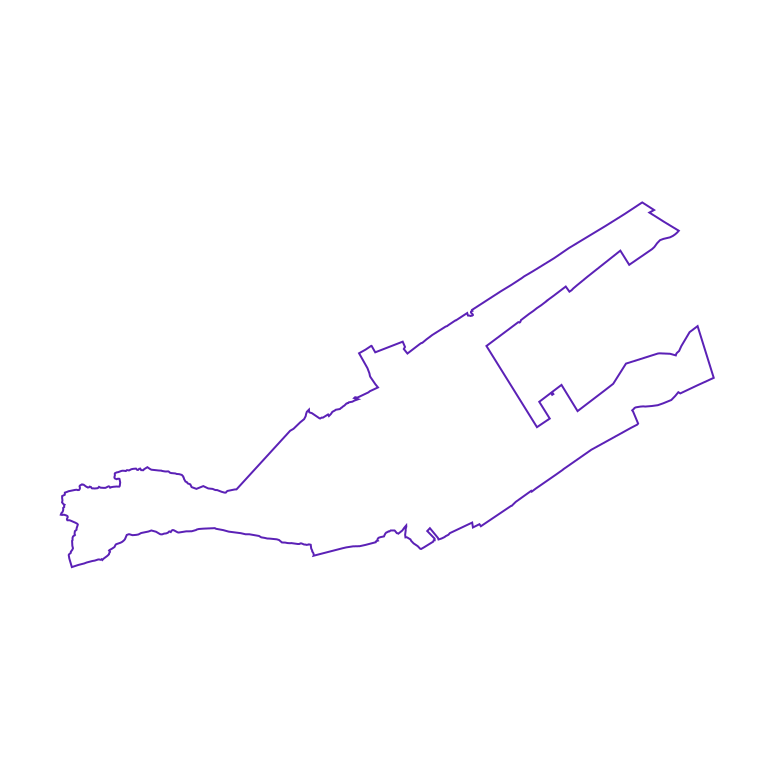 the district of Pietroasele, Buzau, Romania, rotated 267°
{"feature_id": "2599482B21343855806464", "entity_name": "Pietroasele", "entity_type": "district", "adm_level": 2, "iso_a3": "ROU", "parent_name": "Romania", "parent_adm1": "Buzau", "projection": "albers", "projection_center": [26.589, 45.1], "detail": "fine", "context": "isolated", "style": "outline", "palette": "violet", "viewbox_px": 768, "rotation_deg": 267, "n_neighbors": 0, "source": "geoboundaries", "source_scale": "gbopen_adm2", "svg_char_len": 6070}
<svg xmlns="http://www.w3.org/2000/svg" viewBox="0 0 768 768"><g transform="rotate(267 384 384)"><path d="M543.6,662.8L551.8,651.4L551.5,650.8L541.4,633.6L530.4,613.8L510.1,575.8L500.7,560.4L488.6,538.2L484.1,529.5L482.7,527.4L476.1,516.0L470.4,505.4L453.4,475.8L452.4,476.1L452.2,475.2L451.7,474.7L450.8,474.6L448.8,476.3L448.2,476.4L447.7,475.7L447.4,473.9L447.7,473.5L448.0,471.4L450.5,470.8L443.7,459.0L443.8,458.7L439.3,451.1L438.6,450.2L438.1,448.5L430.5,434.9L426.4,428.8L423.1,424.4L423.0,423.5L422.0,421.8L413.2,409.0L417.9,405.6L419.9,406.9L425.3,404.9L416.1,376.9L422.7,373.6L422.8,373.3L419.3,367.4L416.0,360.7L400.7,368.3L395.4,370.0L392.7,370.4L391.7,370.8L384.3,375.3L380.9,377.8L377.5,369.4L376.5,368.1L371.8,356.7L372.3,354.5L371.5,353.5L370.1,357.3L369.0,353.6L368.0,351.5L367.5,347.8L366.9,347.3L366.9,346.5L366.6,346.3L366.4,345.4L364.6,343.4L363.6,341.7L362.6,340.5L362.5,340.1L361.3,338.6L360.8,334.5L360.1,333.5L358.9,331.0L356.8,329.4L354.9,327.3L356.5,326.5L353.6,321.2L353.7,319.9L352.9,318.5L353.1,317.8L358.7,310.4L359.2,308.9L359.5,308.2L360.1,307.7L362.3,307.7L360.3,305.5L358.0,304.6L356.0,304.1L353.1,302.4L350.1,298.3L344.0,291.3L342.2,287.8L286.5,231.2L286.5,229.4L285.4,222.1L284.8,221.2L284.0,220.6L283.8,219.8L283.9,219.0L284.8,216.3L286.9,211.6L286.8,210.7L287.2,209.4L288.2,207.4L288.9,203.0L291.5,198.2L289.1,191.2L291.1,186.5L293.9,185.3L295.0,182.8L296.4,181.9L296.9,180.7L299.7,179.3L300.4,179.3L301.2,178.8L302.1,178.7L303.8,177.3L304.7,174.7L305.0,172.3L305.6,170.9L306.2,166.8L306.7,165.5L307.7,164.6L308.0,164.1L308.1,160.9L308.8,157.7L309.1,157.3L309.4,154.6L310.6,147.2L311.3,146.0L313.3,143.3L311.4,139.9L310.5,139.1L310.7,137.0L312.3,136.1L312.1,135.1L311.1,134.0L311.1,133.4L311.2,133.0L312.5,131.9L312.4,129.1L312.1,127.2L311.0,124.8L311.3,123.8L311.4,122.9L311.3,122.4L310.8,122.0L310.6,121.5L310.9,120.2L311.1,118.3L310.9,117.1L309.9,114.0L309.7,112.4L309.0,110.7L308.4,110.4L307.0,110.5L305.1,109.9L304.3,110.0L303.7,110.4L302.9,112.1L303.3,113.1L303.3,114.4L303.0,114.9L299.5,115.4L296.1,114.8L295.4,114.3L295.6,111.2L295.5,108.2L295.3,106.5L294.8,105.1L295.6,104.7L296.0,104.3L296.2,103.5L294.9,100.5L294.9,99.0L295.3,95.5L296.2,94.0L295.3,93.2L294.9,92.3L294.8,89.4L295.0,88.3L295.0,87.5L295.2,86.7L296.5,85.9L296.9,84.7L296.4,84.3L296.1,82.9L296.5,82.5L296.6,82.0L297.2,81.1L299.2,78.7L299.3,77.1L299.5,77.0L298.6,75.2L298.2,74.8L297.6,74.6L296.5,74.9L295.8,74.9L294.8,74.5L294.1,73.8L294.1,72.6L294.5,71.5L294.4,69.9L293.4,63.3L293.0,62.3L292.2,59.6L290.1,59.4L288.9,56.7L287.0,56.6L284.6,56.8L282.6,56.3L280.8,57.6L280.1,58.7L279.4,58.2L277.9,58.2L277.0,57.1L275.2,57.1L273.9,56.7L272.5,55.9L272.3,55.4L271.7,55.0L270.4,54.4L270.1,55.6L270.2,57.6L269.6,59.3L269.0,60.5L268.4,61.1L267.6,61.2L265.8,60.3L265.2,60.3L264.5,60.7L264.4,62.8L263.9,64.0L261.6,68.6L260.4,70.5L259.6,70.9L256.1,69.5L254.5,69.3L253.2,67.6L251.0,67.2L250.0,67.2L249.4,67.5L249.0,67.1L248.6,66.1L247.9,65.4L246.6,64.9L244.4,64.8L243.7,64.3L238.7,64.3L236.3,64.8L234.8,64.1L232.9,62.5L231.8,62.4L230.4,60.6L229.7,60.2L226.2,60.6L217.5,62.7L219.3,69.3L220.5,75.3L221.3,77.7L222.5,83.5L222.8,86.0L223.7,89.3L223.7,90.4L223.3,91.7L223.4,92.2L223.8,92.9L223.0,93.5L224.3,94.9L226.9,98.8L228.3,100.4L229.2,100.6L230.7,101.6L231.3,101.4L232.0,100.7L232.5,101.1L233.6,103.4L235.3,106.3L237.3,107.4L238.0,108.1L239.3,112.6L240.2,114.5L241.6,116.3L242.6,117.2L246.7,119.2L247.3,121.1L247.3,121.8L246.2,124.9L246.3,128.6L246.6,130.9L247.9,133.7L249.0,141.0L249.9,144.0L248.4,148.6L245.8,152.5L245.5,153.5L245.5,154.7L246.1,156.6L246.2,158.6L246.6,159.9L246.9,160.6L247.8,161.4L248.0,162.0L247.3,163.3L248.7,164.3L249.1,165.0L249.2,165.6L248.8,166.7L246.7,170.1L246.4,171.2L247.2,178.7L247.0,184.2L248.0,188.6L248.5,189.5L248.9,191.6L249.0,196.1L248.9,207.5L248.2,208.7L246.5,215.8L244.7,221.2L242.5,233.3L241.2,237.8L241.0,241.6L238.8,251.2L237.3,253.4L236.6,256.6L235.8,259.4L235.6,261.7L234.5,268.8L233.7,271.0L231.1,273.8L230.8,277.1L230.2,279.4L229.9,282.0L230.0,283.0L228.7,289.7L228.7,291.4L229.2,292.1L229.1,293.3L227.9,295.8L227.8,297.0L227.4,298.1L227.5,298.8L227.5,299.8L227.8,300.5L227.6,301.5L227.3,302.4L223.5,302.7L221.4,303.6L220.4,303.6L219.3,304.4L218.0,304.8L216.6,304.9L216.2,304.7L222.1,333.8L222.8,337.7L223.5,344.6L223.3,351.2L224.3,357.2L226.4,367.4L226.8,367.4L227.5,368.1L227.9,369.6L228.4,369.2L229.3,369.4L230.3,370.1L230.8,370.8L231.3,372.7L231.8,376.0L233.2,376.7L234.7,377.6L235.7,378.7L235.9,379.8L236.6,380.7L236.5,381.7L237.4,383.0L237.2,386.8L237.0,387.1L234.4,389.0L234.2,389.9L233.8,390.5L236.8,394.7L239.5,396.8L241.6,398.8L240.4,398.8L237.9,398.0L236.6,398.0L232.3,397.2L229.7,397.4L229.8,398.5L229.5,399.2L227.4,402.3L226.0,402.9L223.3,405.2L220.3,409.2L217.6,411.5L217.3,412.4L218.8,415.4L224.0,424.9L225.4,425.5L225.5,425.7L225.4,426.4L227.0,426.4L234.9,419.5L237.6,422.3L227.5,429.8L225.9,430.3L226.7,433.4L228.0,436.5L228.8,437.6L230.1,440.5L231.6,441.9L241.0,464.8L236.1,465.3L239.0,472.0L236.9,473.3L255.6,504.5L255.6,505.1L259.4,509.4L269.6,525.4L268.8,525.9L271.7,530.2L284.4,550.8L289.0,558.1L289.4,558.5L307.5,587.6L327.4,628.6L330.2,634.8L331.2,635.7L343.2,631.4L344.7,630.5L346.0,632.1L347.0,633.0L347.5,634.3L348.0,638.7L348.1,641.7L347.8,643.8L348.0,650.2L348.5,656.3L350.1,661.8L353.0,670.1L356.7,674.1L360.4,677.5L359.1,679.4L366.2,696.7L372.9,713.6L425.4,700.2L419.8,691.9L406.3,682.9L401.5,680.4L400.0,678.5L399.1,677.6L397.3,676.9L399.2,671.3L400.2,660.9L400.1,659.1L391.7,626.7L372.2,612.9L365.8,603.7L346.8,575.9L373.8,561.2L367.1,551.3L365.1,552.6L364.4,551.4L366.4,550.3L358.1,538.1L340.8,547.7L332.9,534.5L416.6,488.3L438.7,521.3L438.7,521.9L438.3,522.5L438.5,523.0L439.1,523.5L440.6,524.1L446.5,532.7L449.1,536.9L451.8,540.7L454.5,545.2L458.7,551.3L458.8,551.2L462.7,557.2L471.8,570.6L466.5,574.0L467.8,576.2L469.5,578.0L472.7,582.2L480.5,592.8L504.8,627.0L490.2,635.1L504.7,658.8L506.6,661.1L510.3,664.1L513.2,667.2L514.3,670.7L515.5,677.3L516.8,680.3L518.3,682.7L519.9,684.7L521.6,686.4L531.2,672.3L541.3,658.0L543.6,662.8Z" fill="none" stroke="#5b21b6" stroke-width="2"/></g></svg>